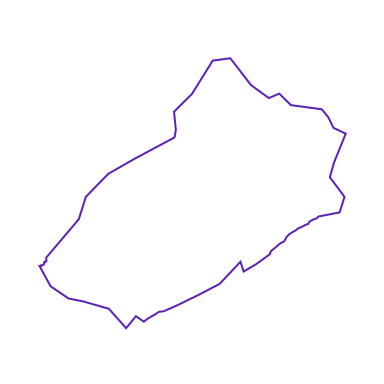 Gurvanbulag, Bulgan, Mongolia (Albers equal-area conic projection), rotated 85°
{"feature_id": "93677404B1659658679068", "entity_name": "Gurvanbulag", "entity_type": "district", "adm_level": 2, "iso_a3": "MNG", "parent_name": "Mongolia", "parent_adm1": "Bulgan", "projection": "albers", "projection_center": [103.52, 47.744], "detail": "fine", "context": "isolated", "style": "outline", "palette": "violet", "viewbox_px": 384, "rotation_deg": 85, "n_neighbors": 0, "source": "geoboundaries", "source_scale": "gbopen_adm2", "svg_char_len": 1718}
<svg xmlns="http://www.w3.org/2000/svg" viewBox="0 0 384 384"><g transform="rotate(85 192 192)"><path d="M275.7,147.5L269.7,134.8L260.8,119.9L259.0,119.2L257.6,118.2L251.3,109.2L250.2,107.4L250.3,107.0L250.2,106.6L249.7,105.6L249.0,104.4L245.0,101.6L242.7,99.0L240.7,95.3L239.9,93.6L239.5,92.6L239.1,91.6L238.4,90.8L237.7,89.8L236.7,87.0L236.2,85.4L235.8,84.6L235.7,84.2L235.5,83.9L235.4,83.3L235.2,83.1L235.0,82.7L234.9,82.5L234.5,81.2L234.2,80.4L234.0,79.1L233.4,78.6L232.6,78.1L232.0,77.6L231.6,77.2L231.1,76.3L230.8,75.5L230.6,75.0L230.4,74.5L230.3,74.1L230.1,73.7L229.5,72.5L229.5,72.1L229.5,71.2L229.3,70.6L228.9,69.9L228.6,69.6L228.2,69.1L227.8,68.7L227.4,68.0L225.2,46.8L215.7,42.8L210.1,40.5L189.3,53.4L174.7,47.8L147.3,33.8L140.4,45.5L129.6,49.6L120.9,55.5L114.1,85.9L101.6,96.5L105.1,107.3L94.9,119.1L90.5,124.0L62.1,142.2L62.9,159.9L94.2,183.4L98.5,188.6L102.6,193.5L110.5,202.9L128.9,202.7L136.1,204.7L153.3,245.0L166.5,273.7L172.0,280.1L177.6,286.6L187.6,298.2L209.2,307.1L244.6,342.9L245.5,343.0L248.2,343.0L248.5,343.3L248.6,343.5L248.8,343.8L248.8,344.0L248.6,344.2L248.4,344.5L248.5,344.9L248.8,345.1L249.1,345.3L249.4,345.5L249.6,345.6L249.8,345.7L250.0,345.5L250.2,345.4L250.3,345.4L250.6,345.6L250.8,345.7L251.0,345.9L251.3,346.0L251.5,346.2L251.6,346.3L251.7,346.5L251.8,347.2L251.8,347.5L251.9,348.1L251.9,348.8L251.9,349.0L252.0,349.1L252.5,349.0L252.9,349.1L253.0,349.2L253.0,349.5L252.9,349.9L252.8,350.2L273.6,341.1L287.3,324.3L291.9,308.8L292.0,308.7L301.1,285.0L321.9,269.5L310.8,258.7L317.0,251.3L314.4,247.4L311.1,240.3L308.4,235.1L308.4,230.8L303.2,215.5L303.1,215.3L294.5,193.0L294.4,192.8L286.0,172.6L265.7,149.8L275.7,147.5Z" fill="none" stroke="#5b21b6" stroke-width="2"/></g></svg>